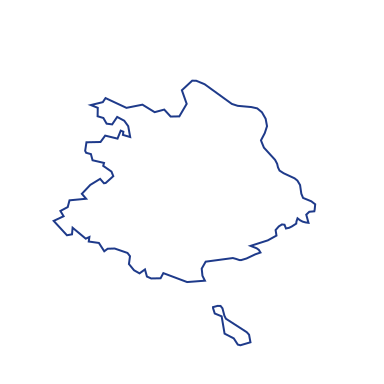 SVG path tracing the border of Limburg, rotated 34°
{"feature_id": "BEL-3", "entity_name": "Limburg", "entity_type": "Province", "adm_level": 1, "iso_a3": "BEL", "parent_name": "Belgium", "parent_adm1": "", "projection": "robinson", "projection_center": [5.471, 50.993], "detail": "fine", "context": "isolated", "style": "outline", "palette": "blue", "viewbox_px": 384, "rotation_deg": 34, "n_neighbors": 0, "source": "natural_earth", "source_scale": "10m", "svg_char_len": 1884}
<svg xmlns="http://www.w3.org/2000/svg" viewBox="0 0 384 384"><g transform="rotate(34 192 192)"><path d="M222.0,111.8L226.8,115.0L242.9,118.9L246.8,121.0L249.5,123.5L252.6,125.3L257.5,125.2L269.4,123.3L273.0,123.6L277.7,125.8L283.6,132.3L287.4,134.8L296.1,133.0L301.0,133.3L303.5,137.9L304.2,139.6L300.3,142.8L299.4,146.9L305.8,152.4L303.2,153.7L300.3,154.7L297.3,155.0L294.2,154.8L294.9,157.4L295.3,158.5L296.1,159.9L294.0,164.8L292.5,167.4L290.3,169.7L287.0,167.4L284.7,168.6L283.2,172.0L282.6,176.8L286.4,180.9L281.9,189.7L270.7,203.9L277.1,202.5L279.8,202.6L282.6,203.9L279.3,208.3L274.4,216.6L270.8,221.0L269.4,221.9L266.1,222.8L262.8,223.9L242.3,242.1L242.9,250.1L247.5,255.6L252.3,258.3L238.3,269.4L213.6,275.3L214.2,281.1L206.5,286.5L201.9,287.3L196.3,282.5L194.0,288.8L187.7,289.3L180.0,287.0L176.5,279.9L172.6,278.6L159.5,282.1L153.8,286.2L152.4,290.2L143.3,286.3L134.1,290.8L132.1,286.7L130.0,290.1L113.0,288.4L116.2,294.2L112.5,297.8L93.5,293.3L99.1,283.9L93.5,281.3L97.4,274.0L95.1,267.4L108.0,256.8L101.7,255.1L103.7,243.0L108.5,232.5L114.1,234.0L115.4,232.8L117.9,222.9L113.8,220.1L103.8,220.0L102.8,217.1L91.8,221.3L87.0,217.1L82.3,218.7L80.4,217.6L76.7,209.8L88.2,201.7L88.5,193.8L100.4,189.4L98.6,181.0L101.4,180.4L102.8,183.3L110.0,181.0L102.3,173.1L96.0,170.8L88.0,171.6L88.0,180.6L83.0,183.1L77.1,180.2L71.4,182.0L66.8,174.9L59.5,176.5L67.8,167.4L67.8,162.5L90.6,158.9L102.1,147.3L116.4,146.7L122.9,139.2L132.1,141.4L139.2,136.4L138.3,121.9L126.7,113.3L129.9,99.6L133.3,97.4L142.2,95.6L175.8,96.7L181.7,95.0L193.7,88.4L199.3,86.2L205.4,86.8L212.1,90.1L217.4,95.5L219.4,102.5L220.3,110.6L222.0,111.8ZM279.4,270.5L282.3,271.4L288.1,276.5L291.0,278.1L315.8,277.6L319.1,278.4L324.5,283.9L317.8,292.0L315.3,292.9L308.5,290.0L298.2,291.2L286.1,278.5L278.8,280.0L274.5,276.6L273.8,275.7L276.9,272.1L279.4,270.5Z" fill="none" stroke="#1e3a8a" stroke-width="2"/></g></svg>